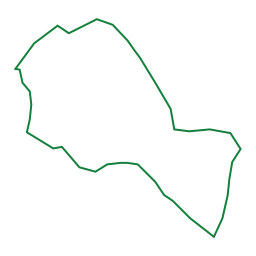 Buk-gu, Gwangju, South Korea
{"feature_id": "91817680B75710427976091", "entity_name": "Buk-gu", "entity_type": "district", "adm_level": 2, "iso_a3": "KOR", "parent_name": "South Korea", "parent_adm1": "Gwangju", "projection": "mercator", "projection_center": [126.933, 35.182], "detail": "fine", "context": "isolated", "style": "outline", "palette": "green", "viewbox_px": 256, "rotation_deg": 0, "n_neighbors": 0, "source": "geoboundaries", "source_scale": "gbopen_adm2", "svg_char_len": 645}
<svg xmlns="http://www.w3.org/2000/svg" viewBox="0 0 256 256"><path d="M57.6,25.7L34.2,43.3L15.4,68.9L19.6,69.6L22.5,82.7L29.8,91.5L31.3,104.6L29.8,119.2L26.9,132.3L53.2,148.4L61.9,146.9L79.4,167.3L88.6,169.8L95.5,171.7L98.4,169.9L107.2,164.4L120.3,162.9L123.2,162.9L127.6,162.9L137.8,164.4L143.6,170.2L155.3,181.9L164.1,195.0L172.8,200.9L190.3,218.4L193.9,221.2L213.9,236.8L222.4,218.4L227.6,195.7L229.4,178.9L232.2,162.1L240.6,149.0L230.4,133.1L209.8,129.4L189.3,131.3L174.3,129.4L170.6,108.8L154.7,81.8L139.8,57.5L134.2,50.0L127.7,40.7L112.7,24.8L96.8,19.2L81.9,26.7L68.8,33.2L57.6,25.7Z" fill="none" stroke="#15803d" stroke-width="2"/></svg>